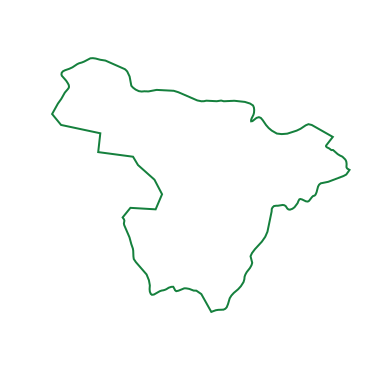 the border of Pichincha, rotated 10°
{"feature_id": "ECU-1287", "entity_name": "Pichincha", "entity_type": "Province", "adm_level": 1, "iso_a3": "ECU", "parent_name": "Ecuador", "parent_adm1": "", "projection": "natural_earth1", "projection_center": [-78.482, -0.183], "detail": "fine", "context": "isolated", "style": "outline", "palette": "green", "viewbox_px": 384, "rotation_deg": 10, "n_neighbors": 0, "source": "natural_earth", "source_scale": "10m", "svg_char_len": 2599}
<svg xmlns="http://www.w3.org/2000/svg" viewBox="0 0 384 384"><g transform="rotate(10 192 192)"><path d="M343.3,142.9L340.9,148.0L338.5,149.9L324.4,158.3L317.3,161.1L315.9,162.7L315.2,164.8L314.7,170.7L314.1,173.2L313.3,174.3L312.0,174.9L311.0,176.2L308.8,180.4L307.7,181.3L305.8,181.4L301.6,180.2L299.8,180.1L299.0,180.6L298.4,182.3L297.9,184.7L295.6,189.2L293.8,191.1L291.5,192.4L290.0,192.4L288.8,191.8L286.7,189.6L285.2,189.0L283.6,189.0L279.0,190.6L277.3,190.9L275.2,191.6L274.0,193.2L273.5,194.9L273.8,197.4L273.2,218.0L271.9,223.4L269.4,228.8L263.9,237.4L261.7,241.7L260.8,245.1L263.6,251.3L263.3,253.8L262.3,256.7L259.8,261.4L258.9,264.0L258.5,266.3L258.7,268.8L258.4,271.7L256.5,276.3L254.3,279.8L250.7,284.1L248.8,287.1L247.6,290.1L246.9,296.3L246.2,299.5L245.1,301.2L243.4,302.4L238.3,303.5L236.0,304.3L231.8,306.7L218.9,290.9L213.4,288.4L210.8,288.8L206.1,287.9L203.1,287.9L201.1,288.2L195.9,291.5L193.7,292.4L192.4,291.7L191.4,290.3L190.0,288.6L188.1,289.0L185.7,290.3L183.6,292.2L182.2,293.1L180.8,293.8L179.3,294.3L177.5,295.3L172.3,299.6L170.4,300.2L169.1,299.5L167.8,297.5L167.1,295.0L166.7,291.3L164.9,286.4L161.6,281.1L148.9,270.8L146.3,268.1L145.5,265.6L144.3,260.0L143.6,258.0L141.3,253.9L138.3,247.5L131.0,236.4L130.4,234.9L130.4,232.0L129.8,230.8L128.1,229.1L134.1,218.3L159.2,215.4L162.9,199.4L152.9,186.4L134.1,174.8L127.8,167.5L92.7,169.0L91.5,150.1L51.4,148.7L40.7,139.5L44.6,128.2L47.1,123.0L49.5,116.2L52.0,112.0L52.6,110.6L52.5,109.3L51.9,107.8L50.5,106.1L48.7,104.2L43.6,100.1L43.0,98.8L43.0,97.2L44.0,95.5L45.9,94.1L49.7,92.0L52.6,90.0L56.8,86.0L58.5,84.8L61.0,83.6L63.1,82.3L68.7,78.0L71.1,77.4L74.0,77.3L78.6,77.7L83.9,77.6L104.6,82.7L106.3,83.8L107.3,84.6L110.5,89.1L113.8,97.9L115.7,99.4L118.6,100.9L122.1,101.9L125.0,101.8L127.5,101.1L131.7,100.5L139.4,97.6L156.4,95.5L161.2,96.1L181.3,100.9L185.5,101.0L188.0,100.5L190.2,99.6L200.6,98.3L204.8,96.9L207.6,97.1L217.9,94.8L228.4,94.1L233.8,94.8L237.1,96.2L238.3,98.1L239.0,100.4L239.3,103.1L239.1,105.3L237.9,109.3L237.7,111.0L238.0,112.1L239.2,111.7L242.7,107.8L244.9,106.7L246.9,107.1L249.1,108.9L253.3,113.2L256.4,115.7L259.9,117.7L265.4,119.7L270.3,119.4L275.7,118.0L284.4,113.4L287.9,110.9L292.4,106.6L294.9,105.0L298.3,105.2L321.1,113.3L316.1,122.8L316.0,123.1L316.0,123.5L316.1,123.8L316.5,124.2L317.2,124.6L319.6,125.3L321.7,126.4L322.1,126.5L322.3,126.5L323.3,126.2L323.7,126.2L328.9,129.4L331.7,130.5L332.6,130.7L333.4,130.9L334.3,131.3L337.2,133.3L338.1,134.3L338.8,135.6L339.4,137.6L339.7,140.1L339.8,140.6L340.0,141.1L340.9,142.0L343.3,142.9Z" fill="none" stroke="#15803d" stroke-width="2"/></g></svg>